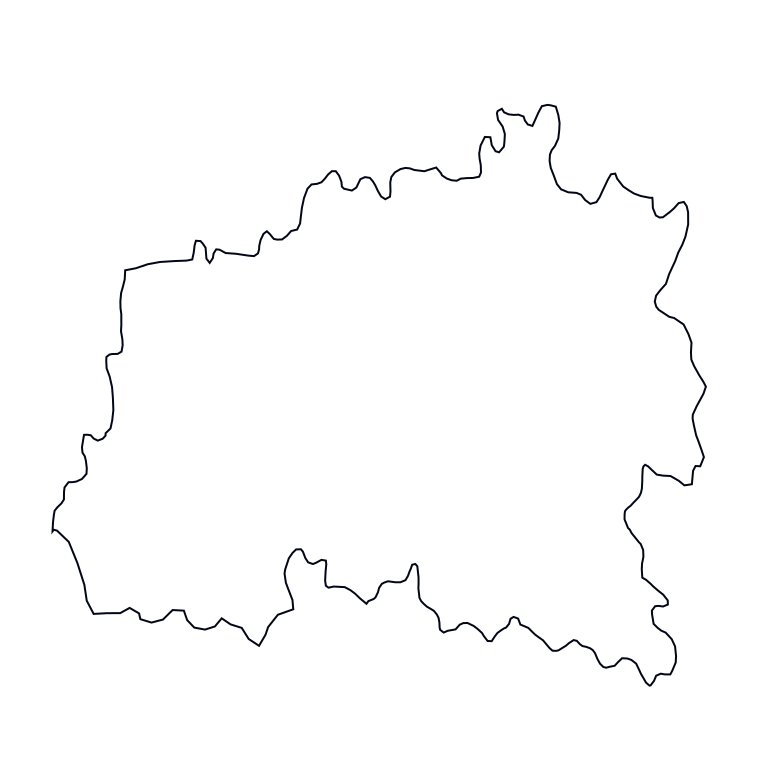 Krupki, Minsk, Belarus (Robinson projection), rotated 93°
{"feature_id": "67162791B85718992399445", "entity_name": "Krupki", "entity_type": "district", "adm_level": 2, "iso_a3": "BLR", "parent_name": "Belarus", "parent_adm1": "Minsk", "projection": "robinson", "projection_center": [29.17, 54.312], "detail": "fine", "context": "isolated", "style": "outline", "palette": "ink", "viewbox_px": 768, "rotation_deg": 93, "n_neighbors": 0, "source": "geoboundaries", "source_scale": "gbopen_adm2", "svg_char_len": 5591}
<svg xmlns="http://www.w3.org/2000/svg" viewBox="0 0 768 768"><g transform="rotate(93 384 384)"><path d="M613.7,462.8L604.5,464.1L593.1,469.2L587.6,471.6L578.5,473.4L574.4,473.0L563.0,469.9L557.5,466.5L553.8,463.1L553.4,458.3L555.7,456.2L562.0,453.4L566.1,450.4L567.5,445.5L566.1,442.5L562.9,437.3L563.4,432.8L567.0,432.2L574.3,432.5L583.4,432.5L588.5,431.5L590.3,428.7L588.9,423.6L588.9,417.4L588.9,412.6L591.6,406.8L594.8,402.0L599.3,396.8L604.4,390.0L601.6,388.2L599.2,383.0L597.5,381.3L592.2,379.1L587.8,378.2L583.8,375.8L582.3,373.4L580.8,369.7L581.4,362.2L581.1,357.2L578.8,352.3L574.1,349.9L570.3,348.8L566.8,347.5L563.0,346.4L562.1,343.3L564.2,341.2L569.7,340.3L575.3,339.4L581.7,339.0L586.0,339.0L595.7,337.4L598.9,335.5L601.8,332.4L604.1,329.5L606.1,325.6L607.9,322.3L611.4,319.2L614.6,317.3L619.2,316.2L624.2,315.7L626.5,315.1L629.1,311.4L627.1,307.4L626.2,303.5L625.3,299.7L620.4,295.8L618.6,292.3L618.3,288.1L620.9,281.8L624.1,277.2L627.6,273.0L630.5,271.1L635.2,267.1L635.2,263.0L630.5,260.3L626.7,257.7L624.4,254.9L621.8,251.4L620.9,249.4L617.1,246.6L611.8,245.3L609.8,242.4L611.2,237.8L617.1,235.2L620.0,227.1L623.2,223.6L626.4,219.9L629.3,215.5L631.6,211.8L638.9,205.0L641.5,201.8L641.5,198.3L640.9,195.9L635.9,188.7L633.0,185.6L629.8,181.2L630.4,178.0L633.6,174.7L635.3,172.1L635.9,168.3L637.1,164.4L638.8,161.6L641.7,159.2L647.2,156.6L651.9,153.7L655.1,150.2L655.7,147.4L654.5,143.5L653.3,138.9L649.8,136.0L645.4,131.9L645.4,126.5L646.6,122.5L650.1,117.5L656.2,114.2L660.2,112.1L664.9,109.0L668.4,106.8L671.3,103.1L671.2,102.7L671.0,102.0L666.3,98.8L661.1,97.0L658.8,92.4L659.3,88.5L659.0,82.9L655.2,81.1L646.8,78.1L640.4,78.1L630.8,79.6L623.8,83.3L617.6,89.6L615.7,94.4L613.0,98.2L609.4,102.2L599.8,104.3L596.2,104.6L591.7,101.6L591.2,98.2L591.6,93.7L589.4,89.0L585.3,89.3L579.8,94.1L576.2,99.2L571.7,105.0L569.8,107.0L565.8,112.1L563.9,115.9L555.3,116.9L549.8,116.9L543.0,115.9L536.2,116.5L530.3,119.3L528.5,121.3L520.0,128.9L516.5,131.0L515.0,132.8L512.1,134.1L506.6,136.7L501.4,136.9L498.5,136.7L497.0,135.8L494.7,133.7L492.6,131.3L489.1,128.4L486.2,125.8L483.3,123.4L479.2,121.7L474.9,121.0L467.6,121.0L462.1,121.2L455.4,121.2L452.7,120.6L451.0,119.0L452.4,116.0L460.2,106.9L460.9,100.6L460.9,93.1L465.2,84.6L469.5,78.7L468.0,71.3L454.5,70.8L449.6,68.6L449.6,63.9L440.3,60.7L433.4,63.4L425.2,66.8L418.9,69.6L409.3,72.3L402.5,74.0L398.4,74.0L389.8,70.6L377.1,64.5L369.8,62.4L365.2,65.1L358.4,69.9L349.8,75.3L343.4,78.4L336.6,79.1L326.6,79.1L318.4,82.5L308.9,87.9L302.9,97.8L302.0,102.6L298.8,108.0L295.6,113.5L292.5,116.2L287.5,117.9L281.5,116.9L275.6,112.8L269.3,107.7L259.3,105.0L245.6,99.5L237.5,97.1L229.3,93.4L221.1,90.7L208.8,88.6L196.6,89.3L190.6,91.0L186.5,94.1L187.9,99.2L193.4,103.6L197.4,107.7L202.9,114.2L203.3,117.6L201.5,121.3L194.2,124.7L186.5,125.4L184.0,125.8L184.1,128.5L182.8,137.5L180.7,144.3L177.7,149.8L174.3,155.4L166.8,161.9L161.8,164.1L162.7,168.3L167.9,171.0L178.8,175.5L186.3,178.5L191.3,181.4L193.3,187.4L189.7,192.8L184.7,197.1L183.1,201.7L182.9,210.1L180.3,217.4L175.3,221.8L166.9,225.4L159.4,228.8L152.6,230.3L146.2,230.3L141.7,228.8L137.2,225.7L129.7,222.8L121.7,222.3L114.2,222.3L106.3,224.0L98.1,226.9L97.0,231.9L96.7,235.3L98.3,240.9L105.1,244.1L112.4,246.9L118.5,249.3L117.3,254.0L113.5,257.1L109.6,258.6L108.0,263.8L108.5,268.4L108.2,273.7L106.4,278.3L103.0,280.7L105.5,284.8L107.7,285.4L114.3,283.9L120.7,279.0L128.0,276.4L135.9,276.4L140.7,276.7L146.6,281.2L145.7,284.8L139.8,288.9L132.0,290.7L132.0,296.2L140.7,300.0L148.8,301.0L154.1,300.3L160.4,298.8L167.7,298.2L172.0,299.8L173.6,305.9L174.0,311.7L174.9,318.1L177.2,322.0L177.0,327.1L175.6,331.9L172.6,337.0L170.4,338.2L165.1,343.2L167.2,349.0L169.4,354.8L168.7,364.9L167.3,369.5L167.1,374.0L168.5,378.8L172.1,384.2L176.9,387.5L182.3,388.3L191.4,387.6L196.6,387.8L199.4,392.4L196.9,396.7L191.4,400.3L185.9,403.2L182.1,405.8L178.9,408.9L178.4,413.8L180.7,418.3L189.3,421.9L192.5,426.2L191.1,434.1L189.1,436.4L184.3,437.1L178.4,439.7L174.0,443.3L174.2,447.2L177.7,450.8L182.2,453.9L185.8,457.0L187.6,461.3L188.5,466.8L192.9,470.6L202.4,473.6L212.4,475.2L222.7,475.9L228.1,476.2L234.3,478.8L236.1,484.8L241.1,488.7L245.0,493.4L245.4,498.2L244.9,501.6L243.3,503.1L240.2,505.9L237.6,509.0L240.4,512.2L246.7,514.8L252.4,515.8L256.1,515.8L260.2,516.7L263.1,520.5L262.9,526.1L261.7,538.7L261.5,549.0L258.5,555.3L258.3,558.6L262.6,561.0L267.2,561.5L272.2,564.4L268.1,567.9L257.3,569.3L253.3,572.3L250.9,574.7L250.8,579.3L255.5,580.4L262.9,580.9L269.7,582.0L271.1,587.6L272.2,599.7L273.9,614.2L276.8,626.3L281.4,637.9L284.0,648.4L285.7,648.4L293.1,648.4L299.9,649.7L307.0,651.3L315.2,651.6L322.0,651.1L328.0,650.0L338.7,649.4L345.1,649.4L353.0,647.6L359.0,647.0L365.4,647.8L367.9,651.6L368.3,657.2L369.0,659.7L371.5,662.6L375.4,662.6L382.9,661.8L391.1,658.3L401.4,655.4L412.1,654.0L424.2,652.9L434.5,653.5L442.7,654.8L447.7,659.4L450.2,659.4L453.4,662.1L455.5,666.9L453.7,671.0L450.5,674.2L450.2,678.0L450.5,680.9L455.5,681.5L463.0,682.3L468.3,681.5L471.9,679.0L476.2,677.7L483.6,676.4L489.3,676.4L494.7,680.7L497.5,686.1L498.3,689.8L498.6,693.9L504.0,697.6L508.2,697.9L516.1,697.6L520.0,699.8L524.3,703.8L527.8,706.3L531.8,706.8L539.2,707.3L543.5,707.3L548.5,707.3L546.8,706.1L547.5,702.9L558.2,690.5L578.9,680.8L600.3,672.7L616.0,669.5L628.8,661.9L627.4,649.0L626.6,635.5L626.4,635.1L620.9,626.3L625.9,616.6L631.6,615.0L634.4,603.7L630.8,592.4L620.8,583.3L620.8,572.0L630.1,568.2L637.2,560.7L638.6,549.9L635.0,540.2L626.5,533.8L632.1,524.6L635.0,513.3L645.7,505.8L652.0,495.1L640.6,489.2L632.8,487.0L620.0,477.9L613.7,462.8Z" fill="none" stroke="#020617" stroke-width="2"/></g></svg>